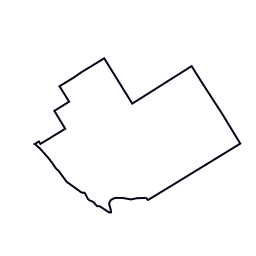 Collier, Florida, United States of America, rotated 329°
{"feature_id": "52423323B17101546722120", "entity_name": "Collier", "entity_type": "district", "adm_level": 2, "iso_a3": "USA", "parent_name": "United States of America", "parent_adm1": "Florida", "projection": "orthographic", "projection_center": [-81.588, 26.16], "detail": "fine", "context": "isolated", "style": "outline", "palette": "ink", "viewbox_px": 256, "rotation_deg": 329, "n_neighbors": 0, "source": "geoboundaries", "source_scale": "gbopen_adm2", "svg_char_len": 735}
<svg xmlns="http://www.w3.org/2000/svg" viewBox="0 0 256 256"><g transform="rotate(329 128 128)"><path d="M90.8,56.9L91.1,75.1L73.7,75.4L73.8,96.3L57.8,96.4L56.4,96.5L44.7,96.5L44.7,93.7L39.8,93.7L40.1,94.2L42.1,100.9L44.3,112.6L45.0,118.5L45.4,125.4L46.5,129.6L47.7,142.5L54.8,159.1L55.7,160.2L56.9,160.6L57.5,161.5L57.1,168.3L57.9,170.5L59.2,172.0L60.3,174.1L61.2,179.0L62.9,180.1L63.7,181.0L68.0,190.0L68.9,191.1L70.0,191.5L71.1,189.2L72.7,183.4L74.4,181.8L76.2,180.9L77.0,180.9L80.0,181.1L81.6,181.7L87.4,185.2L93.7,190.7L99.7,192.9L107.4,197.2L108.1,200.0L130.7,199.9L216.2,199.2L216.0,164.1L214.7,125.2L214.4,107.7L144.2,109.3L143.5,56.0L117.1,56.2L107.6,56.8L90.8,56.9Z" fill="none" stroke="#020617" stroke-width="2"/></g></svg>